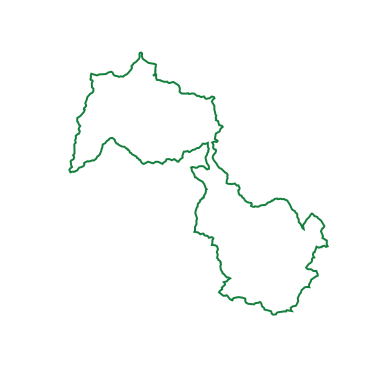 Chota, Cajamarca, Peru (orthographic projection), rotated 229°
{"feature_id": "86281439B88377451939403", "entity_name": "Chota", "entity_type": "district", "adm_level": 2, "iso_a3": "PER", "parent_name": "Peru", "parent_adm1": "Cajamarca", "projection": "orthographic", "projection_center": [-78.849, -6.383], "detail": "fine", "context": "isolated", "style": "outline", "palette": "green", "viewbox_px": 384, "rotation_deg": 229, "n_neighbors": 0, "source": "geoboundaries", "source_scale": "gbopen_adm2", "svg_char_len": 6059}
<svg xmlns="http://www.w3.org/2000/svg" viewBox="0 0 384 384"><g transform="rotate(229 192 192)"><path d="M347.3,193.6L346.0,191.7L344.8,191.0L343.8,189.3L343.2,189.1L341.7,190.0L340.7,189.7L340.1,188.1L339.0,187.0L336.5,185.2L334.7,185.4L332.7,183.6L332.3,181.6L332.9,179.7L332.2,175.0L331.0,173.6L329.0,169.7L327.2,169.1L326.3,168.4L326.0,165.4L325.4,164.7L324.4,165.0L323.3,163.0L322.6,157.8L323.1,153.9L320.5,151.7L319.4,151.8L316.8,150.8L315.3,151.1L314.2,148.2L313.1,147.3L311.9,147.4L311.2,146.9L310.2,144.9L310.7,143.5L310.6,141.0L308.6,139.6L308.2,138.4L306.9,137.2L305.5,136.6L305.2,134.5L298.2,128.7L297.7,126.3L296.8,126.4L295.3,125.7L294.5,124.0L295.1,121.4L294.6,120.4L291.5,118.4L289.5,117.8L289.7,115.9L289.4,114.3L288.4,113.6L287.6,113.7L286.6,113.2L285.7,115.2L284.2,116.8L284.3,117.7L283.6,119.4L284.4,122.8L283.3,124.9L282.7,127.5L283.4,128.8L284.6,129.4L284.4,131.1L283.8,133.3L282.7,134.1L281.1,137.8L280.2,138.5L280.0,141.3L280.9,143.9L280.6,145.0L280.9,147.3L282.8,150.9L283.7,151.8L284.1,153.1L286.4,155.7L285.8,158.6L286.4,161.2L286.0,163.1L286.4,164.7L286.1,165.8L285.1,167.3L283.6,167.8L281.9,167.9L281.1,167.3L278.2,166.8L277.2,167.6L276.0,167.5L272.4,168.9L270.4,170.7L267.8,171.0L266.9,171.7L266.0,171.2L264.4,171.8L262.5,171.0L261.4,171.6L259.7,171.6L255.1,173.3L253.8,172.8L252.4,173.5L251.2,173.2L250.0,173.9L248.1,173.3L246.2,173.4L244.8,174.0L243.7,178.7L239.2,181.4L238.5,184.7L236.6,186.5L232.6,188.1L232.9,189.5L232.5,192.5L233.4,194.0L232.8,195.2L231.5,196.6L229.2,197.6L228.4,200.3L226.3,200.6L225.6,201.1L224.5,200.9L223.8,201.7L224.4,204.7L224.1,207.5L225.7,208.6L227.8,212.3L226.2,214.5L225.9,215.6L224.2,215.9L223.7,216.5L223.3,220.3L222.4,221.5L221.8,224.7L220.7,226.2L220.8,228.8L221.4,231.9L219.5,233.7L218.7,236.2L215.8,233.7L213.4,232.9L212.8,231.5L211.7,230.8L211.1,228.7L210.2,227.8L209.7,225.6L208.6,224.4L204.0,222.1L200.7,221.8L198.4,220.0L199.2,218.1L203.6,217.6L204.9,216.6L206.7,214.3L207.1,211.7L207.6,210.9L210.2,209.1L210.9,208.3L211.0,207.3L209.7,207.0L208.3,205.9L204.0,205.3L201.1,203.9L200.2,204.7L197.4,205.0L192.9,206.7L189.9,206.4L185.7,204.8L184.4,204.9L184.4,203.9L182.4,201.7L181.0,198.0L180.1,197.4L180.5,196.7L180.1,195.8L180.6,195.2L180.2,194.1L180.5,192.9L179.3,191.2L179.3,188.7L177.3,186.7L177.2,185.6L175.3,182.3L173.8,180.6L168.6,178.4L167.6,176.6L164.9,174.4L163.5,171.2L160.8,168.9L160.4,167.7L157.3,170.2L154.7,170.5L153.7,172.6L152.9,173.4L151.7,172.9L150.2,173.5L149.3,174.6L147.7,175.0L146.4,174.7L145.0,177.3L143.2,177.8L142.5,177.0L142.3,175.8L140.4,174.2L139.0,172.2L136.9,174.3L134.8,175.3L131.8,174.1L130.4,171.3L127.9,170.4L125.8,167.7L124.4,167.8L123.4,167.3L122.0,167.9L120.1,167.6L119.8,166.9L118.4,166.5L117.5,164.8L114.5,162.8L111.4,162.3L110.5,161.7L109.4,162.2L104.9,162.2L103.6,163.4L101.8,164.1L102.1,161.5L101.7,159.8L103.1,156.8L101.5,156.8L100.3,156.0L100.3,151.8L98.8,151.0L99.1,148.4L98.6,146.6L93.1,147.6L91.7,149.3L91.7,150.0L90.9,150.6L86.2,150.3L83.8,151.3L83.8,151.8L84.6,152.3L84.5,154.1L82.3,158.0L79.1,160.8L76.7,162.2L76.1,162.1L75.1,160.8L73.1,160.2L70.7,161.1L66.5,165.1L66.6,166.8L64.8,169.5L64.5,171.1L62.8,171.3L59.6,169.9L57.2,170.3L55.7,169.6L50.5,173.3L49.7,173.3L47.8,172.4L46.1,172.8L44.6,175.1L45.1,176.1L45.0,177.7L41.3,183.4L40.1,184.7L40.7,185.9L36.7,189.2L38.1,189.3L39.8,190.4L39.7,192.8L38.0,195.7L38.1,196.3L39.9,200.5L42.5,202.2L44.4,206.4L44.5,207.8L46.0,210.3L46.1,214.4L45.3,216.1L43.2,218.1L44.1,218.4L45.6,220.0L46.5,222.8L47.6,224.4L47.0,230.0L46.3,231.9L47.2,232.8L50.9,234.0L52.6,231.8L55.3,231.4L57.5,229.0L58.7,228.5L60.1,228.5L61.0,232.5L60.7,236.0L61.4,237.6L62.6,238.4L63.1,239.9L62.4,241.3L64.3,241.6L65.8,242.5L66.6,244.3L66.1,245.0L69.0,250.1L66.8,251.1L66.0,253.0L65.3,253.5L65.6,254.4L65.2,255.7L64.5,256.7L62.7,257.1L62.0,258.7L64.1,259.3L66.9,261.9L71.8,260.3L72.7,261.9L77.8,263.6L79.0,266.4L78.7,267.5L79.4,269.5L85.8,270.7L89.6,269.9L91.1,270.1L93.7,268.6L95.3,268.8L97.1,268.4L97.1,267.1L96.2,264.3L96.0,260.3L94.8,257.3L94.4,254.6L93.2,253.4L90.8,252.0L92.1,251.7L97.0,253.1L99.1,252.8L101.4,254.6L104.0,255.0L106.4,257.0L108.6,256.7L110.5,257.1L112.1,256.3L113.4,256.1L117.9,257.5L122.5,258.2L124.0,258.0L124.9,257.2L126.3,256.9L127.1,255.7L129.2,254.1L129.4,253.2L130.4,252.1L131.2,252.0L132.5,249.9L132.5,247.2L133.1,246.9L133.1,244.6L134.3,242.2L134.0,240.6L134.3,238.4L134.9,238.1L136.9,234.8L137.1,233.1L137.8,231.9L139.9,230.1L140.0,229.1L141.0,228.2L142.9,227.4L143.7,229.3L144.8,229.5L147.9,227.1L150.6,226.4L153.4,227.0L154.8,226.4L156.7,227.0L157.9,226.1L159.8,226.1L162.9,228.0L162.8,229.3L163.7,230.5L166.6,231.4L167.5,230.0L170.3,229.9L171.8,227.2L174.6,224.6L176.1,223.9L178.3,226.3L179.1,228.0L180.8,228.9L181.3,229.9L182.0,230.3L183.3,230.5L184.9,229.8L190.3,229.4L191.8,228.5L195.0,228.5L196.2,229.0L201.5,229.3L204.1,229.9L205.3,231.2L206.0,233.1L206.2,235.4L207.4,237.3L208.4,237.7L209.7,236.8L211.5,236.9L213.6,239.2L216.1,239.7L215.4,241.9L213.5,243.6L213.5,244.5L213.8,244.9L217.1,244.1L220.5,248.4L219.6,252.5L221.0,255.0L221.0,257.9L222.3,258.0L224.7,256.4L228.5,258.2L230.6,257.2L231.5,258.4L232.6,258.6L233.6,260.4L234.9,260.5L239.9,263.2L242.2,265.3L247.2,266.3L248.0,268.1L248.0,270.5L249.5,270.8L251.1,269.5L251.2,267.1L252.9,263.9L253.7,263.5L256.3,263.7L257.8,261.0L260.1,260.2L261.1,258.9L264.8,258.2L266.1,257.0L268.0,253.9L269.2,253.8L270.1,252.1L273.0,248.9L275.6,248.3L278.3,250.9L281.1,251.9L287.3,250.1L289.2,246.2L290.2,245.7L291.4,245.8L293.2,243.5L296.0,241.7L296.9,241.6L299.8,239.0L302.2,240.1L304.1,242.0L304.9,241.1L304.9,239.9L305.4,238.9L305.3,241.4L305.8,242.5L306.9,243.0L307.4,244.1L308.2,244.3L311.8,248.4L313.3,247.7L317.9,243.9L324.8,242.2L327.4,243.3L329.4,245.2L330.6,245.1L331.2,243.9L330.6,242.8L328.2,241.0L327.3,239.3L326.9,234.8L327.4,232.3L326.8,230.8L326.9,229.5L326.5,228.7L325.3,228.4L324.4,226.6L323.5,220.2L324.1,218.6L324.3,215.6L326.1,214.1L326.8,212.4L328.7,211.5L330.2,210.2L331.7,209.7L334.5,210.4L335.9,209.8L337.2,206.9L337.5,204.4L341.6,199.1L342.3,196.8L347.3,193.6Z" fill="none" stroke="#15803d" stroke-width="2"/></g></svg>